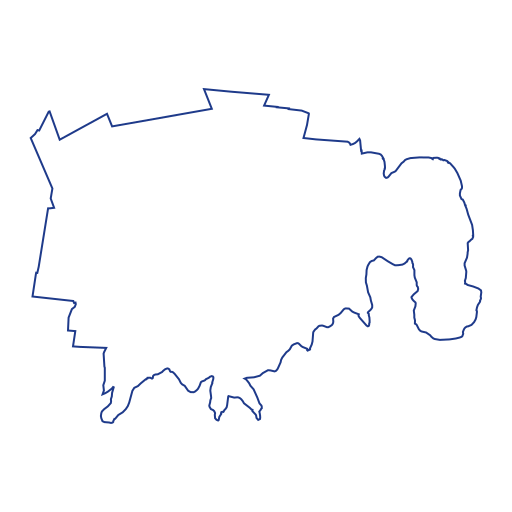 Techirghiol, Constanta, Romania (Natural Earth projection)
{"feature_id": "2599482B24507492005350", "entity_name": "Techirghiol", "entity_type": "district", "adm_level": 2, "iso_a3": "ROU", "parent_name": "Romania", "parent_adm1": "Constanta", "projection": "natural_earth1", "projection_center": [28.603, 44.038], "detail": "fine", "context": "isolated", "style": "outline", "palette": "blue", "viewbox_px": 512, "rotation_deg": 0, "n_neighbors": 0, "source": "geoboundaries", "source_scale": "gbopen_adm2", "svg_char_len": 6096}
<svg xmlns="http://www.w3.org/2000/svg" viewBox="0 0 512 512"><path d="M308.9,113.8L308.7,113.3L301.7,110.6L288.7,109.1L288.9,108.4L277.1,107.3L277.3,106.9L264.1,105.6L268.9,94.8L231.2,91.7L204.0,89.1L211.8,108.8L112.1,126.4L107.0,113.8L59.7,139.7L49.6,111.4L48.7,111.7L39.2,130.5L37.5,130.1L35.0,134.1L30.7,138.0L52.4,188.5L50.7,198.5L54.1,207.8L50.2,208.3L48.1,208.3L38.7,266.8L37.3,272.9L36.2,272.7L35.9,274.1L32.5,296.5L73.3,301.0L74.1,303.0L75.5,302.6L75.8,304.1L74.8,306.8L71.9,309.1L68.6,317.6L68.0,330.5L75.3,331.1L73.0,346.4L80.2,346.9L106.2,347.9L104.1,352.1L103.6,353.6L104.4,366.5L104.8,367.8L104.8,380.7L103.3,385.2L103.9,390.5L102.6,394.3L105.2,393.2L107.8,391.7L111.8,388.6L113.1,387.0L113.7,387.3L112.1,392.8L111.8,396.5L110.9,399.2L111.1,401.2L110.8,403.1L107.8,406.4L104.1,409.2L101.9,411.5L101.3,413.2L100.9,416.0L101.3,418.2L102.5,421.2L104.4,422.1L109.2,422.5L110.6,422.9L111.7,422.9L112.8,422.4L113.2,422.0L113.3,421.1L114.3,419.1L114.5,419.2L115.3,418.6L118.3,415.0L122.7,412.3L125.8,409.1L127.8,406.1L129.2,402.6L132.4,390.8L134.3,387.8L137.9,386.1L140.7,383.4L145.8,379.2L146.4,379.3L147.1,378.3L147.5,378.3L147.6,377.8L150.2,377.7L152.0,378.6L152.8,378.0L153.0,376.3L153.3,375.7L154.1,375.0L155.4,374.5L157.8,374.3L162.1,372.0L163.2,370.8L165.2,369.2L167.3,368.4L168.2,368.6L169.3,369.3L170.0,371.1L170.6,371.8L172.2,371.9L173.0,372.3L174.6,373.8L179.0,379.3L180.8,382.9L182.2,384.4L184.7,385.8L188.1,390.7L190.6,392.1L193.7,392.2L195.1,391.5L196.9,390.0L198.0,388.8L199.6,385.8L200.9,382.2L201.8,381.5L204.5,380.5L205.1,380.1L205.9,379.2L208.8,377.8L209.9,376.8L211.7,376.1L212.9,376.5L213.3,377.1L213.4,377.9L213.2,379.3L212.2,382.5L212.4,383.0L210.8,387.0L210.4,389.7L210.3,390.7L211.0,395.8L211.2,398.0L210.4,400.2L210.1,402.5L209.3,405.5L209.5,406.7L210.9,409.1L213.0,410.0L214.2,411.1L215.1,413.1L214.8,414.8L215.1,418.2L216.5,419.8L218.1,420.5L218.7,420.0L219.3,416.9L221.3,413.8L221.0,413.4L221.3,412.2L222.4,411.8L223.4,411.9L224.6,409.8L225.4,409.1L226.6,407.4L227.1,405.3L228.2,396.7L228.5,396.1L234.2,397.6L237.5,397.3L238.6,397.5L240.0,398.2L241.3,399.3L242.8,401.2L244.0,403.3L249.8,407.8L251.6,409.6L252.5,409.8L252.4,411.1L255.7,414.6L256.1,415.4L256.5,417.9L258.2,419.9L260.0,419.0L260.2,417.7L260.1,415.7L259.7,413.1L259.3,411.6L260.6,409.9L261.1,408.9L261.8,408.2L261.7,406.2L261.3,405.4L259.5,403.4L257.3,397.5L253.6,389.3L250.4,385.7L249.2,383.3L247.6,381.2L246.1,379.4L244.7,378.6L246.9,377.8L254.0,377.3L259.9,375.7L262.8,373.1L268.0,370.2L270.4,370.4L274.6,371.4L275.9,370.9L277.3,369.4L278.0,368.1L280.6,362.3L281.1,359.9L282.3,357.5L286.4,352.2L288.3,350.8L289.8,349.3L291.8,345.7L293.7,344.4L297.1,343.1L298.0,343.2L299.0,343.8L301.4,346.2L302.7,347.0L307.2,348.8L307.4,349.2L307.1,350.0L307.6,350.6L308.3,350.3L308.1,350.0L309.9,349.6L310.1,349.3L310.0,348.3L311.7,344.6L312.5,341.5L313.2,332.6L313.5,331.7L315.2,329.4L316.4,328.6L318.5,326.3L319.4,325.8L322.0,325.5L323.3,325.8L327.0,327.2L328.3,327.2L329.9,326.4L331.7,325.2L332.4,324.4L333.0,323.2L333.3,321.8L333.1,318.5L334.0,317.0L338.6,314.8L340.6,313.1L343.7,309.4L344.5,308.8L345.7,308.4L349.0,308.6L352.3,311.6L354.3,312.6L358.8,314.3L358.5,315.3L358.7,316.3L359.8,317.9L366.4,325.4L367.7,326.3L368.5,326.1L368.9,325.7L369.2,324.6L369.2,323.3L369.6,322.6L369.6,320.7L369.4,317.5L368.8,315.3L368.8,313.9L367.8,312.8L368.0,312.2L370.5,309.9L371.7,308.4L372.2,307.3L372.2,306.2L372.2,305.0L370.9,300.6L370.3,297.3L368.1,292.3L366.9,285.7L365.9,282.4L365.8,278.1L366.4,274.4L366.6,270.0L367.5,266.5L368.2,265.0L369.9,262.2L371.6,261.0L373.9,260.4L375.9,258.2L377.7,256.7L379.4,256.6L381.7,257.2L387.7,261.2L392.8,264.2L395.1,265.3L398.1,265.2L402.4,264.6L404.6,263.5L406.3,262.0L406.6,261.9L407.1,261.5L407.0,261.2L407.7,260.0L408.9,258.6L409.9,258.2L410.7,258.6L411.4,259.5L412.3,261.8L412.4,263.0L412.9,263.8L413.1,265.0L413.0,267.1L414.4,270.1L414.4,275.2L414.8,277.6L416.7,282.3L416.7,285.1L417.1,286.2L417.8,287.0L418.2,289.0L417.6,291.1L413.8,294.3L411.5,297.0L411.5,297.6L412.4,299.4L413.5,300.7L415.5,302.5L415.7,303.5L415.4,306.3L413.8,310.5L414.3,314.7L414.3,317.7L414.6,318.7L415.0,320.5L414.9,323.6L416.3,324.4L416.8,325.1L418.9,329.3L420.4,330.9L421.7,331.5L426.1,332.5L430.2,335.3L431.3,336.7L433.3,338.4L434.7,339.0L439.9,339.9L441.7,339.8L449.6,339.4L455.8,338.5L459.8,337.5L461.6,336.8L462.3,336.2L463.2,333.8L462.9,332.0L463.7,329.9L464.4,328.5L465.4,327.4L467.1,326.4L468.0,326.4L471.5,324.9L474.1,322.1L475.6,319.4L476.3,317.1L476.9,312.3L476.9,311.1L476.4,310.3L477.0,307.4L477.9,304.9L479.8,302.1L480.1,301.4L480.0,300.8L480.9,298.8L481.0,298.2L480.7,296.6L481.3,292.4L481.0,290.4L478.4,288.5L473.2,286.5L467.4,284.9L466.6,284.1L465.0,283.6L465.2,282.2L464.9,280.9L465.8,278.0L466.3,271.9L466.2,270.8L464.6,265.5L464.6,263.2L467.0,257.6L467.6,253.7L467.6,252.6L468.1,250.2L467.7,243.1L468.6,241.8L469.4,241.4L471.3,239.5L472.3,238.9L473.2,236.8L473.1,236.2L472.8,235.9L472.8,235.5L473.2,235.2L472.9,230.2L472.1,224.9L468.2,214.6L466.6,208.8L465.4,205.9L465.7,205.9L465.7,205.4L465.1,205.2L464.3,202.5L462.8,199.6L461.5,199.1L459.9,195.5L459.9,193.4L460.6,189.9L461.8,188.6L462.0,187.8L462.0,186.2L460.7,180.6L457.4,173.1L454.8,168.7L453.7,167.3L450.1,163.3L448.6,162.5L448.3,162.8L448.0,162.6L448.3,162.1L447.1,161.0L444.4,160.0L443.3,160.3L442.4,159.5L441.2,159.2L440.9,159.6L439.4,158.9L439.5,158.4L438.2,157.9L437.0,157.7L433.6,157.9L433.2,158.1L432.8,159.2L432.4,159.0L432.5,158.4L432.1,158.2L428.7,157.5L419.4,157.4L410.4,158.1L406.7,159.2L405.1,160.0L403.6,161.7L401.5,163.3L395.7,171.0L394.7,171.7L391.4,173.1L388.5,176.7L387.6,177.5L386.1,177.9L384.7,176.8L384.1,175.7L383.9,174.7L383.7,173.5L384.1,170.5L384.6,169.6L384.8,168.9L384.7,168.5L384.9,168.4L385.0,167.5L384.9,165.7L384.5,161.9L383.8,159.7L383.6,159.1L383.1,159.0L382.9,158.6L383.4,158.4L381.9,155.8L380.7,154.5L379.1,153.8L370.8,152.3L367.6,152.3L361.8,153.6L361.6,150.6L361.1,150.7L360.1,140.4L359.4,138.9L357.2,141.2L355.2,142.9L353.1,144.0L350.5,144.8L349.9,143.4L348.9,142.4L347.6,141.7L316.0,139.4L303.5,138.0L307.0,125.0L308.9,113.8Z" fill="none" stroke="#1e3a8a" stroke-width="2"/></svg>